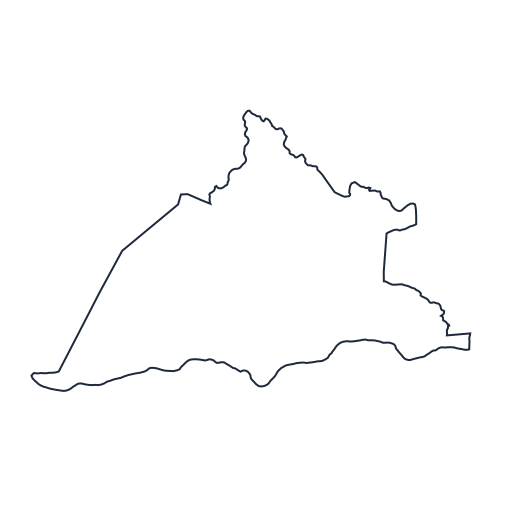 outline of Muquém do São Francisco, Bahia, Brazil, rotated 93°
{"feature_id": "56859067B68849060485807", "entity_name": "Muquém do São Francisco", "entity_type": "district", "adm_level": 2, "iso_a3": "BRA", "parent_name": "Brazil", "parent_adm1": "Bahia", "projection": "natural_earth1", "projection_center": [-43.521, -12.213], "detail": "fine", "context": "isolated", "style": "outline", "palette": "slate", "viewbox_px": 512, "rotation_deg": 93, "n_neighbors": 0, "source": "geoboundaries", "source_scale": "gbopen_adm2", "svg_char_len": 6077}
<svg xmlns="http://www.w3.org/2000/svg" viewBox="0 0 512 512"><g transform="rotate(93 256 256)"><path d="M215.8,97.7L207.8,98.1L201.7,98.7L198.3,99.3L196.1,100.0L195.4,101.9L195.7,104.6L197.5,107.3L199.8,109.9L203.1,113.2L203.6,115.2L203.2,117.4L201.6,120.2L198.6,123.0L196.1,124.1L193.7,125.8L192.4,128.5L192.1,130.1L192.0,131.9L191.1,133.2L189.6,133.9L188.2,134.7L186.5,134.9L185.0,135.7L185.3,137.9L184.4,140.7L184.6,142.4L184.7,143.9L185.1,145.8L184.1,146.6L182.2,145.4L181.7,146.8L182.4,148.9L182.1,150.7L181.3,152.3L181.4,154.1L180.6,155.8L178.6,158.7L177.0,161.1L178.5,164.4L181.0,165.6L184.6,166.1L186.8,166.2L188.0,166.2L189.2,165.2L190.4,165.3L191.4,166.2L192.2,170.6L191.2,173.7L188.2,180.8L174.8,191.4L171.4,194.0L168.6,196.8L167.6,198.1L166.3,199.3L164.5,199.5L163.4,200.5L163.3,202.3L163.3,204.3L162.6,206.4L162.7,208.8L161.6,210.2L160.1,211.5L158.7,212.0L156.5,211.7L155.1,212.8L153.9,213.7L152.7,214.2L152.3,215.9L153.4,217.5L154.6,219.3L155.4,220.5L155.4,222.0L153.8,223.1L153.0,224.7L152.5,226.6L151.8,227.7L150.5,227.9L149.3,228.0L148.3,228.8L147.2,230.3L146.4,231.8L144.9,233.3L143.1,234.1L141.7,234.0L140.4,233.7L139.0,232.9L137.9,232.5L136.3,232.1L135.0,231.5L134.0,232.7L133.0,233.7L131.9,234.4L130.5,234.6L129.1,235.6L127.9,236.7L127.2,237.7L127.4,239.5L128.3,241.3L128.3,242.8L127.1,244.2L126.0,245.3L125.2,246.8L124.0,247.1L122.9,247.7L121.9,248.6L120.7,249.2L119.5,250.4L118.5,251.8L118.3,253.7L119.6,254.3L121.1,255.4L120.6,256.8L119.3,257.8L117.8,258.7L116.5,259.3L116.3,260.9L116.3,262.6L115.3,264.0L114.7,265.5L114.2,266.9L112.9,268.6L111.2,270.0L111.6,272.0L112.8,273.1L114.9,274.5L116.3,275.3L117.3,275.8L118.7,276.0L120.4,275.7L121.2,274.7L122.1,274.0L123.3,273.8L124.8,274.1L126.3,274.1L127.8,273.0L129.0,271.6L130.8,271.9L132.9,273.2L135.0,273.5L136.8,272.8L138.1,270.7L140.0,269.6L141.1,269.4L142.8,269.8L144.1,270.3L145.7,271.6L146.7,272.5L147.9,273.0L149.5,273.1L150.7,273.1L152.1,273.2L153.7,273.4L155.5,273.0L157.3,272.0L159.6,271.0L161.3,271.0L162.5,271.5L163.6,272.1L164.7,273.5L166.0,274.6L167.1,275.3L169.0,277.0L169.8,278.8L169.9,280.4L170.3,282.4L171.2,284.1L172.6,285.6L174.7,287.1L176.4,287.5L178.1,287.6L179.3,287.6L180.9,287.2L182.4,287.4L183.7,288.1L185.4,288.2L186.6,288.8L187.2,290.1L188.1,291.0L189.2,292.3L190.3,294.4L190.3,296.5L189.6,298.1L188.2,299.2L189.0,300.5L191.3,300.7L192.9,301.3L193.9,302.4L195.3,304.2L195.9,305.3L197.1,305.8L198.6,305.2L200.0,305.2L201.9,305.4L203.4,305.1L204.8,304.9L206.2,304.3L203.3,312.9L198.9,324.6L197.8,327.7L198.5,334.2L208.6,336.5L257.8,389.9L300.8,410.4L317.5,417.9L350.5,432.8L381.6,446.9L382.4,448.8L382.9,450.8L383.2,452.8L383.4,455.1L383.5,456.8L383.9,458.4L384.2,461.4L384.1,463.6L384.2,465.0L384.5,466.5L384.7,468.7L384.6,470.0L384.4,471.4L385.4,472.6L387.3,474.0L390.0,472.6L392.7,469.7L393.4,468.7L394.4,467.5L395.4,466.3L396.0,465.1L396.8,463.6L397.6,461.4L398.2,458.6L399.3,454.5L400.1,448.8L400.5,444.6L400.8,441.7L400.5,438.9L399.4,436.1L397.7,433.5L396.1,431.8L394.6,429.5L393.5,428.1L392.7,426.5L392.4,423.7L392.8,421.9L393.2,419.2L393.5,416.1L393.5,414.0L393.4,411.4L393.1,409.4L393.2,406.7L392.5,403.9L391.2,400.9L389.4,398.4L388.3,395.3L386.6,391.3L385.2,386.4L384.7,384.5L383.4,381.9L382.1,378.7L381.3,376.5L380.9,375.0L379.5,369.9L378.7,365.9L377.1,361.0L375.5,358.5L373.9,357.0L373.3,355.4L373.1,353.9L373.1,352.3L373.4,349.1L374.7,344.1L375.2,341.1L375.3,339.0L375.3,332.5L374.4,329.2L373.3,326.6L372.3,325.8L371.2,325.3L369.9,324.2L368.5,322.7L367.1,321.6L364.7,319.2L363.2,316.9L362.5,314.1L362.2,309.9L362.4,306.1L363.0,301.4L362.5,299.6L361.6,297.4L361.7,295.4L362.1,293.8L362.8,292.4L363.8,291.3L364.7,289.8L364.7,288.1L364.0,285.7L363.8,283.4L364.1,281.7L365.2,280.1L366.6,277.1L369.0,273.1L369.3,271.0L370.8,268.2L371.5,267.1L372.3,265.3L371.2,263.5L370.9,261.6L371.2,259.6L372.3,257.8L374.2,256.0L375.3,255.4L377.5,255.0L378.6,254.5L380.1,253.3L381.6,251.6L383.6,249.7L385.6,246.8L385.9,245.5L386.0,243.8L385.3,240.6L383.7,238.0L382.9,237.0L381.9,236.3L379.8,235.0L376.5,232.0L374.5,230.5L369.9,228.1L366.7,225.1L363.9,220.8L363.0,218.1L361.9,213.1L360.8,209.8L360.3,206.5L359.9,203.0L360.2,200.0L359.8,197.9L359.3,194.7L358.8,192.4L358.0,189.1L357.7,186.7L357.4,184.6L355.9,181.8L354.0,179.0L352.5,178.2L351.0,177.5L350.1,176.7L349.2,175.6L347.5,174.7L345.7,173.4L344.2,172.4L342.7,171.6L341.1,170.4L339.3,168.6L338.0,166.7L337.0,164.4L336.5,161.8L336.3,160.4L336.5,157.1L336.0,153.4L335.5,151.1L335.2,149.4L334.8,147.5L334.1,145.1L333.9,143.8L333.7,141.9L334.1,140.7L334.3,138.9L334.1,136.7L334.1,133.1L334.5,130.6L335.1,127.2L335.6,126.0L336.0,124.3L335.5,118.9L335.8,117.3L336.3,115.3L336.8,114.0L337.6,113.0L338.8,112.0L340.4,111.6L341.7,110.9L342.9,109.6L345.1,107.7L347.5,105.3L349.4,103.7L350.9,101.9L351.6,99.8L351.9,98.3L351.8,96.5L350.8,93.8L349.8,90.6L348.7,87.1L347.9,83.5L347.0,81.8L345.8,80.6L345.1,79.3L343.6,77.4L342.1,75.6L341.0,73.6L341.0,72.2L340.4,71.0L339.5,70.1L338.6,68.7L337.7,66.9L337.5,65.3L337.5,62.1L337.2,60.5L337.0,58.4L336.9,56.5L336.9,55.0L337.0,53.1L337.5,51.1L338.1,47.5L338.1,45.8L338.5,44.1L338.7,42.6L338.6,40.1L338.1,38.2L332.7,38.3L330.5,38.3L328.2,38.6L325.9,38.7L324.4,38.3L322.1,38.0L325.3,61.2L323.7,61.1L321.8,61.4L319.7,61.4L317.9,60.5L316.0,60.7L315.5,59.4L314.3,60.0L313.8,61.4L312.3,62.4L311.3,63.9L310.5,65.7L308.0,66.0L306.7,66.7L306.1,68.1L304.8,66.4L303.9,65.6L302.3,65.2L300.9,65.5L300.2,67.6L298.9,68.6L297.7,68.8L296.1,69.3L294.6,70.5L293.8,71.8L293.8,73.4L293.2,74.7L293.0,76.6L293.6,78.2L293.4,79.8L292.1,81.0L290.9,81.8L290.1,82.8L289.3,84.3L287.9,87.5L287.5,88.7L286.6,89.6L284.8,89.4L283.2,90.9L282.3,92.1L281.7,94.1L280.4,95.4L279.6,98.4L279.2,99.8L278.6,101.1L278.1,102.3L277.7,104.2L277.4,106.3L276.7,108.3L276.7,110.4L277.1,112.9L277.3,115.0L277.4,116.4L277.5,118.4L276.8,120.4L276.1,122.2L275.1,124.2L274.6,125.7L274.6,127.0L265.3,127.6L226.7,126.8L225.2,124.5L224.4,122.7L223.1,120.3L222.5,118.3L222.3,116.2L223.0,114.4L222.7,112.7L222.0,111.5L221.6,109.3L220.2,106.4L219.2,105.0L218.2,103.2L217.5,100.8L216.7,99.1L215.8,97.7Z" fill="none" stroke="#1e293b" stroke-width="2"/></g></svg>